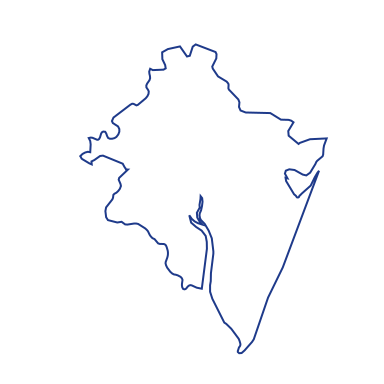 SVG path tracing the border of Gironde, rotated 195°
{"feature_id": "FRA-5295", "entity_name": "Gironde", "entity_type": "Metropolitan department", "adm_level": 1, "iso_a3": "FRA", "parent_name": "France", "parent_adm1": "", "projection": "albers", "projection_center": [-0.442, 44.886], "detail": "fine", "context": "isolated", "style": "outline", "palette": "blue", "viewbox_px": 384, "rotation_deg": 195, "n_neighbors": 0, "source": "natural_earth", "source_scale": "10m", "svg_char_len": 3239}
<svg xmlns="http://www.w3.org/2000/svg" viewBox="0 0 384 384"><g transform="rotate(195 192 192)"><path d="M75.8,278.6L76.5,271.1L76.2,268.0L75.0,262.1L75.1,260.3L79.1,254.6L79.7,253.3L80.1,250.8L82.9,241.2L85.9,237.6L89.6,237.5L98.6,239.8L103.9,239.1L106.9,236.9L107.0,233.8L103.3,229.9L105.3,229.9L103.9,226.9L92.8,216.2L91.2,215.5L90.5,215.1L89.9,214.5L89.2,214.0L88.2,214.1L87.5,214.7L87.3,215.6L87.1,216.5L86.7,216.8L85.7,218.7L79.0,228.9L77.2,238.1L75.8,243.1L74.8,245.4L84.8,142.6L91.2,109.7L94.2,65.7L95.2,62.7L100.2,52.6L102.4,49.3L104.7,48.5L106.3,49.3L106.6,50.2L106.5,51.8L106.4,54.1L106.0,54.8L105.7,55.9L105.7,57.0L106.1,58.1L107.6,60.6L108.9,62.3L118.6,70.0L124.8,73.5L127.0,74.2L144.7,94.1L148.7,100.3L150.4,106.6L150.8,110.7L152.7,118.5L155.4,137.9L156.0,140.2L160.9,152.4L165.9,159.0L171.5,164.5L176.2,167.3L177.5,168.8L178.7,171.4L179.0,173.3L178.5,176.6L178.7,181.0L179.3,185.3L180.6,188.7L182.6,190.2L182.0,187.4L181.4,181.4L180.5,178.9L181.9,173.2L180.3,168.7L177.0,165.4L173.5,163.2L178.1,163.4L181.9,164.3L185.3,166.0L188.6,168.8L184.9,162.2L179.0,159.3L172.7,157.2L167.4,153.1L164.8,147.6L162.9,141.0L157.5,101.1L162.7,100.8L167.9,101.7L169.2,101.7L170.4,101.1L171.2,100.2L171.9,99.0L172.4,97.7L173.1,96.6L174.2,96.0L175.5,96.1L176.8,97.5L177.5,99.0L177.9,100.5L178.4,104.6L179.4,106.0L181.1,107.1L184.2,107.8L186.3,107.9L188.0,107.7L189.9,108.1L192.3,109.3L196.4,112.5L198.1,114.5L199.1,116.3L199.3,117.7L198.9,122.0L198.9,123.5L199.0,124.9L199.3,126.3L199.7,127.7L200.3,129.1L202.2,132.2L203.3,133.6L204.2,134.2L205.7,134.5L209.7,133.5L211.4,133.6L216.0,136.8L218.3,137.2L220.4,138.5L221.8,139.7L224.4,142.7L226.0,143.8L228.0,144.8L235.7,147.2L237.7,147.1L239.9,146.5L246.0,143.8L248.2,143.4L252.3,145.0L256.3,143.2L265.9,143.1L268.4,145.4L270.7,151.1L271.0,154.9L267.0,164.3L266.8,166.0L267.2,168.9L266.5,170.2L264.8,171.8L263.5,173.9L262.5,176.4L262.2,179.4L263.1,181.2L266.0,184.9L266.0,186.8L259.7,197.1L261.6,196.7L262.5,197.8L263.1,198.1L265.7,200.8L266.2,201.4L287.4,204.1L290.1,203.0L294.6,197.6L297.0,195.5L296.0,192.7L298.6,193.1L306.6,195.4L307.4,195.8L308.2,196.8L309.2,197.7L307.6,200.4L305.4,202.5L303.0,203.9L300.6,204.1L302.2,211.7L303.5,214.9L305.7,217.4L303.8,218.4L302.1,218.6L297.1,217.9L296.1,218.3L295.4,219.3L295.0,221.1L294.9,224.8L294.5,226.3L293.4,227.4L291.4,227.7L289.9,226.2L288.5,224.1L287.0,222.5L285.2,222.2L282.9,222.8L280.8,224.0L279.3,225.6L278.1,228.5L277.8,231.4L278.5,234.0L280.4,236.2L286.3,238.1L287.7,239.8L287.1,243.6L274.1,260.4L272.6,261.8L271.2,262.0L268.1,261.3L266.9,262.1L261.0,270.5L259.9,272.9L259.4,275.5L259.8,277.9L260.8,279.2L263.1,281.2L263.7,283.1L263.4,285.1L262.0,289.0L261.9,291.1L262.7,293.3L263.7,295.1L264.5,297.2L264.3,300.2L261.4,299.6L251.2,302.8L249.4,304.6L250.8,307.7L255.0,312.6L257.0,319.2L252.3,323.8L241.3,329.5L231.9,321.6L229.4,323.0L228.9,332.6L226.6,335.5L205.5,333.3L204.0,331.5L203.1,327.3L204.9,318.4L203.9,316.6L196.8,310.4L187.1,307.6L185.0,306.1L184.4,305.0L183.7,301.6L182.9,300.5L171.2,293.4L169.4,290.9L168.6,286.3L166.2,283.3L160.7,282.7L136.8,288.5L124.8,284.9L117.3,286.7L114.7,286.6L112.0,285.6L114.8,275.8L113.2,271.4L101.5,266.0L100.6,267.3L91.7,273.5L75.8,278.6Z" fill="none" stroke="#1e3a8a" stroke-width="2"/></g></svg>